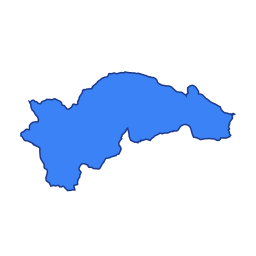 Chicoana, Salta, Argentina (orthographic projection), rotated 354°
{"feature_id": "61730980B71873263236869", "entity_name": "Chicoana", "entity_type": "district", "adm_level": 2, "iso_a3": "ARG", "parent_name": "Argentina", "parent_adm1": "Salta", "projection": "orthographic", "projection_center": [-65.583, -25.169], "detail": "fine", "context": "isolated", "style": "filled", "palette": "blue", "viewbox_px": 256, "rotation_deg": 354, "n_neighbors": 0, "source": "geoboundaries", "source_scale": "gbopen_adm2", "svg_char_len": 5774}
<svg xmlns="http://www.w3.org/2000/svg" viewBox="0 0 256 256"><g transform="rotate(354 128 128)"><path d="M229.4,145.9L228.7,145.3L228.3,144.2L228.3,142.4L227.8,140.9L227.6,140.1L228.7,139.8L228.9,139.4L228.7,138.8L228.3,138.2L228.2,137.4L228.3,136.7L228.9,135.9L229.0,135.0L229.6,134.4L229.4,133.7L229.8,133.0L230.7,131.7L232.3,130.1L232.9,129.0L233.0,127.8L232.8,126.2L233.8,125.8L234.7,125.7L235.4,125.4L234.2,124.5L233.4,124.9L232.1,124.9L231.5,124.7L230.8,125.0L228.1,123.5L226.7,123.4L225.9,122.8L225.4,122.9L223.0,120.1L222.4,118.7L221.9,116.5L219.7,115.3L218.8,114.4L216.9,113.1L215.6,112.5L212.4,110.3L211.0,108.7L209.5,107.4L208.7,106.9L205.5,102.8L204.4,102.2L203.0,101.7L201.8,101.6L201.7,100.7L202.0,99.7L201.8,98.7L201.4,97.8L199.9,94.9L199.1,93.9L197.5,92.6L196.3,92.3L194.3,92.5L191.5,94.2L191.4,95.5L191.5,96.0L191.3,96.4L191.1,97.6L191.2,98.3L191.5,98.4L191.6,98.7L191.5,99.6L191.3,99.8L190.7,100.0L190.3,100.5L189.7,100.6L189.4,101.0L189.2,101.9L189.0,101.4L188.3,100.7L187.0,99.9L186.1,98.9L185.1,98.1L181.5,97.5L180.7,97.2L180.0,96.8L178.3,95.1L177.2,93.7L175.7,92.0L174.9,91.3L172.6,90.4L170.4,90.2L169.4,89.7L168.4,89.6L167.4,89.2L166.2,89.0L165.7,88.7L164.8,87.9L164.0,87.6L162.7,86.4L162.2,85.7L161.6,83.3L161.2,82.6L160.0,81.4L158.8,80.5L156.9,80.3L156.3,80.0L155.5,79.4L154.2,79.5L153.3,78.8L152.5,78.5L151.5,77.8L149.8,77.2L148.6,76.5L147.5,76.3L146.6,75.7L145.9,75.4L145.1,75.2L144.1,74.7L142.3,74.7L141.4,74.5L140.2,73.9L138.8,73.9L136.9,73.4L135.0,73.2L133.9,72.8L132.8,72.6L130.8,71.9L130.1,72.5L129.6,72.7L129.1,72.7L128.0,72.3L126.6,72.2L125.0,72.4L123.7,72.8L123.0,72.7L122.8,72.8L121.7,72.7L121.4,72.4L121.2,72.4L120.2,71.9L119.0,71.9L118.3,72.2L117.5,72.3L116.3,72.1L115.7,71.9L114.4,72.2L114.3,72.8L113.5,74.1L113.0,74.8L111.1,75.1L110.0,75.1L107.6,75.8L106.9,76.1L105.6,77.1L103.3,78.3L102.2,79.2L101.7,80.0L100.8,80.5L100.7,81.0L100.1,81.0L99.4,81.7L98.4,82.1L97.7,82.8L97.2,82.9L97.3,83.3L97.2,83.6L96.8,83.8L96.6,84.3L96.2,84.5L96.2,85.1L91.1,85.0L90.3,85.3L89.3,85.4L88.7,85.2L87.8,85.2L86.7,86.2L86.5,87.6L85.8,88.4L85.4,89.3L84.8,89.8L82.9,92.1L82.0,94.8L80.9,96.1L80.6,96.7L80.7,98.2L80.5,98.9L79.7,99.3L78.5,99.3L76.8,98.6L75.9,98.6L75.3,99.3L74.7,100.4L74.2,101.2L71.4,102.9L70.0,102.9L69.1,102.6L68.8,101.7L68.3,101.2L67.1,99.2L66.4,98.8L64.8,98.4L64.7,97.9L64.5,96.0L63.8,94.9L63.2,94.3L60.7,92.9L58.4,91.3L57.3,91.3L55.6,92.0L54.6,91.9L53.7,91.4L51.7,91.4L50.4,91.0L49.7,91.2L48.8,91.9L46.1,92.5L44.9,93.1L44.3,93.9L43.5,94.7L42.5,94.6L41.4,94.1L40.0,92.5L38.2,91.8L37.7,91.0L36.7,90.4L35.9,90.4L34.8,90.9L34.2,91.5L33.3,91.8L32.6,91.3L33.0,92.7L33.6,93.9L33.8,95.3L33.8,97.5L34.4,99.5L34.9,100.5L35.7,101.3L36.2,102.1L37.4,105.1L39.3,107.6L39.4,108.4L39.8,109.6L39.4,112.2L38.1,112.5L36.5,112.2L34.1,112.4L32.8,113.0L31.7,113.7L30.4,115.1L30.1,116.2L30.1,117.2L29.8,119.3L29.1,119.4L28.1,118.8L27.5,118.7L26.5,118.7L25.0,119.7L23.8,120.8L22.8,121.0L21.5,121.5L20.8,122.6L20.9,123.7L20.6,124.6L21.6,125.3L22.2,126.2L23.1,128.5L24.3,129.8L26.2,130.2L27.5,130.7L28.7,131.5L31.1,132.8L31.5,133.7L32.0,133.6L32.4,134.0L32.4,134.8L32.9,135.3L33.3,135.2L34.0,135.4L34.5,136.1L36.3,137.0L37.7,138.2L38.1,138.8L38.2,139.7L37.9,141.4L37.7,146.8L37.8,148.1L38.0,149.4L38.6,150.8L40.5,154.7L40.9,156.2L40.5,157.2L40.5,158.7L41.1,159.6L42.6,160.4L43.1,161.2L43.3,162.9L42.6,165.5L41.2,168.7L41.1,171.2L41.5,172.2L43.7,174.1L44.3,175.2L45.2,177.8L46.9,177.5L47.6,177.1L49.5,178.0L52.8,177.8L53.3,178.4L53.9,179.4L54.5,179.3L55.5,179.7L56.3,179.3L57.6,179.2L58.7,180.3L59.0,180.8L59.1,181.2L59.6,181.4L60.2,182.6L60.7,183.0L61.5,184.0L61.9,183.9L64.7,184.0L66.6,183.6L67.9,184.1L68.7,184.0L68.7,183.3L68.4,182.2L68.0,179.9L68.5,179.6L69.3,179.5L69.7,178.9L71.3,179.1L72.0,178.8L72.0,177.7L72.5,175.1L73.7,172.9L74.7,172.1L74.9,171.5L75.0,170.6L75.5,169.1L75.9,168.6L76.7,167.0L75.9,165.9L75.1,164.2L74.9,163.4L75.1,162.7L76.8,160.1L77.8,159.3L78.4,159.0L80.2,158.8L81.2,159.1L82.1,159.7L83.0,160.2L84.1,160.4L84.4,162.2L85.0,163.0L86.3,163.1L88.3,163.5L88.9,164.3L89.5,164.8L92.2,165.1L93.5,165.5L94.7,165.7L95.6,165.4L97.8,162.4L98.7,160.9L100.3,159.5L102.1,156.6L103.1,155.9L106.4,155.7L108.7,154.9L113.3,154.1L113.7,153.5L114.5,153.1L115.7,153.0L116.5,152.7L116.8,151.9L117.8,150.4L118.7,148.7L119.0,147.9L118.9,147.3L118.6,147.0L118.4,145.8L118.2,145.3L117.7,145.2L117.5,144.9L117.1,142.5L117.4,142.1L117.7,141.0L118.2,140.6L119.3,139.1L120.6,138.1L120.6,137.8L120.2,137.1L120.2,136.6L121.1,135.6L121.3,134.4L122.0,133.8L123.3,133.1L124.0,132.1L125.1,131.5L125.5,130.6L126.2,129.9L126.9,128.7L127.6,128.2L127.7,129.3L128.0,130.5L128.1,131.4L128.4,132.9L128.3,134.9L128.4,135.5L128.3,135.9L128.3,136.4L128.7,138.1L129.0,138.8L129.1,140.0L129.3,140.4L129.9,140.6L129.9,140.8L130.8,141.5L132.0,142.1L132.9,142.7L135.4,143.2L136.0,143.7L136.5,143.7L137.0,142.8L137.3,142.6L137.7,142.6L138.7,142.8L139.3,142.7L139.3,141.8L139.5,141.4L140.9,141.9L141.5,141.9L143.7,141.3L144.6,141.0L146.9,141.7L148.2,142.6L148.8,142.6L149.3,142.1L149.9,141.4L150.7,140.8L150.9,140.6L152.5,139.8L153.2,139.0L153.7,138.7L154.7,138.4L155.8,137.8L157.0,137.7L157.6,137.2L158.4,137.0L158.9,136.5L160.3,136.7L161.1,137.3L161.6,137.3L163.1,137.0L164.2,136.6L165.7,137.1L167.5,137.0L168.8,136.6L169.6,136.1L170.1,136.2L171.2,136.0L172.0,136.2L172.6,136.2L173.1,135.6L173.5,135.8L174.1,135.7L175.3,136.0L176.4,135.9L177.5,135.4L180.2,132.1L181.2,131.4L182.9,130.7L184.3,130.4L186.3,130.7L187.7,131.3L189.5,133.0L190.0,134.1L190.5,135.7L191.3,140.6L191.6,142.0L192.3,144.0L194.8,144.7L197.7,146.2L198.4,146.9L199.5,147.1L202.7,146.7L207.8,147.0L208.9,147.1L210.1,147.6L212.1,147.7L213.2,148.2L214.7,149.3L215.3,149.6L216.2,149.8L217.2,149.8L218.6,148.8L219.2,147.6L224.3,148.3L228.2,147.3L229.4,145.9Z" fill="#3b82f6" stroke="#1e3a8a" stroke-width="1.5"/></g></svg>